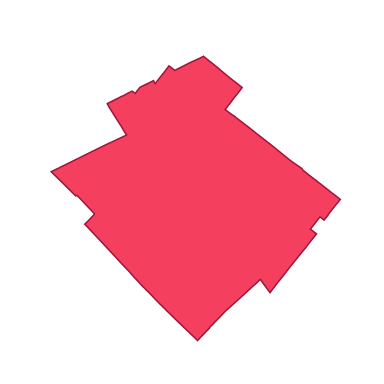 outline of Bailesti, Dolj, Romania, rotated 37°
{"feature_id": "2599482B66668126820138", "entity_name": "Bailesti", "entity_type": "district", "adm_level": 2, "iso_a3": "ROU", "parent_name": "Romania", "parent_adm1": "Dolj", "projection": "equal_earth", "projection_center": [23.267, 44.009], "detail": "fine", "context": "isolated", "style": "filled", "palette": "rose", "viewbox_px": 384, "rotation_deg": 37, "n_neighbors": 0, "source": "geoboundaries", "source_scale": "gbopen_adm2", "svg_char_len": 5438}
<svg xmlns="http://www.w3.org/2000/svg" viewBox="0 0 384 384"><g transform="rotate(37 192 192)"><path d="M287.8,291.3L287.8,291.0L287.6,291.0L287.7,290.0L287.7,288.6L288.2,285.6L288.6,282.0L288.8,280.6L289.1,278.2L289.5,275.4L289.5,274.7L289.6,273.9L289.8,273.0L289.9,271.9L289.9,271.2L290.1,270.3L290.1,269.7L290.2,268.7L290.5,266.4L291.0,264.3L292.0,259.0L295.1,243.0L296.6,234.8L297.2,231.3L298.4,225.7L299.0,221.8L299.0,221.7L299.2,220.7L301.0,221.3L301.9,221.5L303.3,222.0L313.4,225.0L314.9,225.4L314.9,220.1L315.0,218.9L314.9,217.2L315.0,211.0L315.3,201.0L315.4,192.8L315.5,189.3L316.0,175.4L316.1,172.4L316.2,170.6L316.3,169.9L316.3,168.4L316.3,163.9L316.4,158.5L316.7,150.5L308.9,150.4L309.2,134.8L314.4,135.0L314.6,129.6L314.4,126.2L314.6,117.5L314.9,108.7L312.5,108.6L307.2,108.5L303.4,108.5L300.2,108.4L297.5,108.4L293.4,108.3L289.9,108.2L286.8,108.2L284.7,108.1L279.4,108.1L276.7,108.0L275.1,108.1L273.8,108.0L270.7,107.9L267.4,107.8L265.7,107.1L261.1,107.3L258.8,107.4L253.4,107.6L250.1,107.6L242.7,107.3L233.6,107.0L230.7,106.8L227.5,106.8L225.3,106.7L223.4,106.7L218.9,106.6L212.5,106.5L209.2,106.5L204.7,106.3L202.0,106.3L199.2,106.2L185.2,106.1L180.7,106.0L180.1,105.9L179.6,105.9L179.2,105.9L178.9,106.0L178.7,106.1L178.2,106.2L176.0,106.2L170.4,106.2L168.8,106.2L168.9,102.2L169.0,97.4L169.0,96.6L169.0,96.1L169.0,93.5L168.9,92.2L169.0,90.7L169.1,88.2L169.2,86.1L169.2,83.9L169.2,78.7L169.2,78.4L160.0,78.1L159.3,78.1L158.9,78.2L158.4,78.2L156.2,78.1L152.0,78.0L145.2,77.7L136.5,77.2L130.4,77.0L128.1,77.0L122.0,76.8L119.5,76.7L119.5,76.8L119.3,77.2L118.9,78.0L117.6,80.6L114.2,86.8L112.7,89.6L111.1,92.9L108.4,98.4L105.8,103.6L105.1,105.2L103.2,105.2L97.7,105.1L97.7,107.0L97.7,108.3L97.7,111.8L97.7,113.5L97.6,115.3L97.5,119.3L97.5,121.8L97.4,124.0L97.4,126.7L97.3,127.7L97.0,127.6L96.5,127.4L95.5,126.9L95.4,126.8L95.2,126.7L94.5,126.4L94.3,126.3L94.2,126.2L94.0,126.5L93.9,126.9L93.7,127.4L93.4,127.9L93.1,128.5L92.7,129.2L92.4,129.8L91.9,130.9L91.3,132.1L91.3,132.4L91.2,132.4L91.1,132.5L90.8,133.0L90.5,133.6L90.6,133.8L90.3,133.9L90.0,134.6L89.4,135.7L89.3,136.0L89.2,136.2L89.1,136.4L88.9,136.7L88.8,136.9L88.5,137.4L88.3,137.8L88.2,138.1L88.1,138.4L87.9,138.8L87.8,139.0L87.4,139.7L87.4,140.1L87.4,140.4L87.4,140.9L87.4,141.2L87.4,141.5L87.4,142.0L87.4,142.3L87.4,142.8L87.4,143.3L87.3,143.6L87.3,143.8L87.3,144.1L87.3,144.3L87.3,144.6L87.3,145.4L87.3,146.3L87.3,146.8L87.3,147.2L87.3,147.5L87.2,147.5L86.7,147.5L86.2,147.5L85.1,147.4L83.6,147.4L83.5,147.6L83.4,147.8L83.2,147.9L83.0,148.3L82.9,148.5L82.4,149.6L81.9,150.5L81.4,151.4L81.1,152.2L80.7,153.0L80.4,153.8L80.3,154.1L80.2,154.3L80.0,154.6L79.9,154.8L79.9,155.0L79.7,155.3L79.7,155.5L79.5,155.8L79.4,156.1L79.2,156.5L78.9,156.9L78.8,157.1L78.7,157.3L78.5,157.5L78.4,157.7L78.1,158.1L78.1,158.3L77.7,159.0L77.2,160.1L77.1,160.4L77.0,160.6L76.9,160.8L76.8,161.1L76.7,161.2L76.6,161.3L76.5,161.6L76.4,161.9L76.2,162.1L76.2,162.3L76.0,162.5L75.9,162.8L75.7,163.3L75.5,163.5L75.4,163.9L75.3,164.0L75.2,164.2L75.1,164.4L75.0,164.5L74.9,164.7L74.8,164.9L74.8,165.0L74.7,165.1L74.6,165.4L74.5,165.5L74.4,165.7L74.4,165.8L74.3,166.0L74.2,166.2L74.1,166.4L74.0,166.6L73.9,166.7L73.7,167.1L73.7,167.3L73.4,167.7L73.1,168.3L72.9,168.8L72.7,169.1L72.5,169.6L72.1,170.3L72.0,170.6L71.9,170.8L71.8,171.0L71.7,171.3L71.6,171.5L71.3,171.9L71.2,172.2L71.1,172.3L71.1,172.5L72.3,173.0L72.7,173.2L73.0,173.3L73.7,173.6L74.5,173.9L74.8,174.1L75.2,174.3L76.0,174.6L76.3,174.7L76.7,174.9L77.4,175.1L79.8,176.1L80.5,176.3L80.8,176.4L81.2,176.6L81.5,176.7L82.2,177.0L83.3,177.4L83.7,177.5L84.0,177.7L84.8,177.9L85.5,178.2L85.9,178.4L86.2,178.5L87.0,178.8L89.9,179.9L90.7,180.2L91.2,180.4L91.4,180.5L91.7,180.6L92.2,180.8L92.5,180.9L92.7,181.0L93.3,181.2L93.8,181.4L94.6,181.6L94.9,181.7L95.2,181.8L95.4,181.9L95.7,182.0L96.2,182.2L96.5,182.4L96.7,182.5L97.2,182.7L97.7,182.9L98.3,183.1L98.8,183.3L99.3,183.5L99.8,183.7L100.6,184.1L101.2,184.3L101.7,184.5L102.0,184.6L102.8,184.9L103.0,185.0L103.8,185.3L104.5,185.5L104.9,185.7L105.4,185.8L104.5,187.7L101.6,193.2L101.4,193.7L101.0,194.3L100.2,195.8L98.9,198.4L98.1,199.9L97.5,201.0L97.2,201.6L96.0,203.6L95.3,205.0L87.8,219.8L84.8,225.8L77.1,241.2L73.7,247.9L72.4,250.4L71.1,253.2L69.6,256.0L67.6,260.0L67.3,260.5L70.8,261.0L74.7,261.5L79.7,262.2L84.5,262.8L93.3,264.0L101.3,265.1L101.4,264.9L101.5,264.8L101.5,264.7L101.7,264.4L101.7,264.2L101.9,264.1L102.0,264.1L102.6,264.1L102.9,264.2L103.3,264.2L103.7,264.3L104.4,264.3L105.5,264.4L106.5,264.6L107.4,264.7L108.2,264.9L109.5,265.1L110.3,265.2L111.8,265.5L113.1,265.7L113.6,265.8L117.1,266.4L119.5,266.8L122.7,267.3L126.1,268.0L126.9,268.1L127.2,268.4L127.3,268.7L127.4,268.8L127.4,269.0L127.4,269.3L127.3,270.4L127.0,272.2L126.9,273.6L126.8,274.2L126.5,277.0L126.2,279.1L125.7,282.3L127.3,282.5L160.7,288.3L177.3,291.3L191.5,293.7L193.7,294.3L194.3,294.3L194.8,294.4L195.5,294.6L195.8,294.7L196.3,294.8L197.6,295.0L200.0,295.4L200.7,295.5L203.1,296.0L209.8,297.2L211.4,297.3L214.2,297.8L214.9,297.9L215.1,298.0L215.4,298.0L215.7,297.9L216.0,297.9L216.6,298.0L217.6,298.2L223.4,299.1L227.3,299.8L231.3,300.4L234.4,300.9L236.3,301.0L237.5,301.2L238.2,301.4L239.6,301.5L241.7,301.8L244.2,302.2L248.6,302.7L252.8,303.3L260.0,304.2L276.9,306.2L282.2,306.8L284.8,307.2L285.8,307.3L285.9,306.3L286.0,306.2L285.9,305.9L286.0,305.7L286.1,305.2L286.1,304.5L286.2,303.9L286.2,303.5L286.8,299.3L287.2,295.3L287.8,291.3Z" fill="#f43f5e" stroke="#9f1239" stroke-width="1.5"/></g></svg>